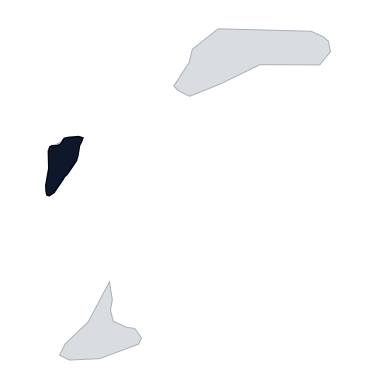 Comoros, with Moûhîlî highlighted, rotated 87°
{"feature_id": "COM-4934", "entity_name": "Moûhîlî", "entity_type": "state/province", "adm_level": 1, "iso_a3": "COM", "parent_name": "Comoros", "parent_adm1": "", "projection": "natural_earth1", "projection_center": [43.722, -12.305], "detail": "fine", "context": "in_parent", "style": "filled", "palette": "ink", "viewbox_px": 384, "rotation_deg": 87, "n_neighbors": 0, "source": "natural_earth", "source_scale": "10m", "svg_char_len": 935}
<svg xmlns="http://www.w3.org/2000/svg" viewBox="0 0 384 384"><g transform="rotate(87 192 192)"><path d="M89.9,200.8L85.2,204.6L62.5,188.1L49.5,184.2L30.4,157.4L37.7,64.7L43.8,52.9L48.4,48.0L59.0,46.3L71.8,57.9L68.4,117.5L85.4,157.6L96.3,189.4L89.9,200.8ZM341.1,253.1L353.6,293.1L353.4,323.2L348.1,332.8L337.0,326.6L316.4,302.6L277.4,279.1L295.3,277.2L305.8,279.6L316.9,277.4L323.8,264.2L325.2,256.4L335.0,250.1L341.1,253.1ZM170.2,318.5L187.6,336.2L139.1,328.8L131.5,312.8L131.1,301.1L149.2,303.6L170.2,318.5Z" fill="#d9dde1" stroke="#a8b0b8" stroke-width="1"/><path d="M170.2,318.7L172.2,319.8L185.4,329.8L188.3,334.8L187.4,337.1L183.6,337.7L177.8,337.7L160.9,333.8L143.5,333.3L139.5,331.6L138.4,329.5L138.6,324.5L137.9,321.7L135.8,319.4L133.5,318.3L131.7,316.7L131.0,312.9L130.7,302.4L132.2,298.1L136.2,299.8L139.8,301.9L150.2,304.2L154.9,305.9L167.8,315.7L170.2,318.7Z" fill="#0f172a" stroke="#020617" stroke-width="1.5"/></g></svg>